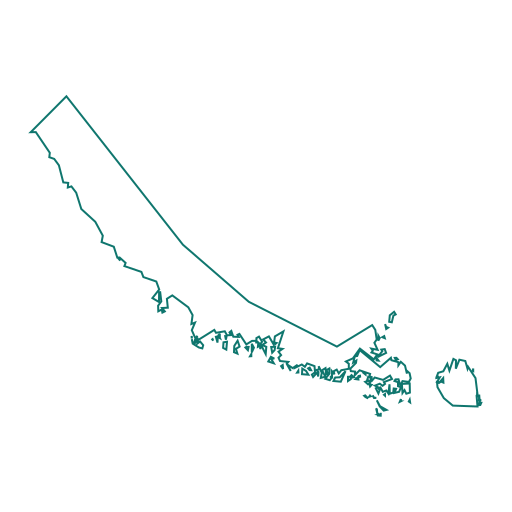 the district of South Choiseul, Choiseul, Solomon Islands
{"feature_id": "97153195B92855886197372", "entity_name": "South Choiseul", "entity_type": "district", "adm_level": 2, "iso_a3": "SLB", "parent_name": "Solomon Islands", "parent_adm1": "Choiseul", "projection": "equal_earth", "projection_center": [157.415, -7.197], "detail": "fine", "context": "isolated", "style": "outline", "palette": "teal", "viewbox_px": 512, "rotation_deg": 0, "n_neighbors": 0, "source": "geoboundaries", "source_scale": "gbopen_adm2", "svg_char_len": 6151}
<svg xmlns="http://www.w3.org/2000/svg" viewBox="0 0 512 512"><path d="M66.4,96.3L30.7,132.2L35.8,132.1L49.8,152.8L49.3,157.2L54.2,158.9L58.9,165.3L63.3,182.4L68.2,182.9L67.8,187.5L71.4,186.4L76.2,192.7L81.3,209.0L95.3,221.8L102.8,235.7L101.6,242.1L113.8,246.7L117.3,257.6L119.6,257.5L125.6,262.9L124.4,266.1L141.4,271.9L143.4,277.1L156.3,281.5L159.2,289.5L152.4,298.1L159.0,302.0L159.1,292.2L160.2,292.2L161.3,301.4L158.1,305.7L158.3,311.3L162.0,309.4L163.7,310.7L161.9,310.2L162.4,312.6L164.8,311.4L162.1,308.0L167.8,307.7L166.9,298.8L172.3,295.4L188.3,307.3L192.6,315.1L191.4,324.0L195.0,322.6L191.8,330.2L195.4,338.4L197.4,335.8L196.0,338.5L199.1,339.4L214.3,329.9L216.0,332.8L224.8,331.3L227.0,335.3L231.0,335.1L229.5,332.4L231.3,330.9L233.3,336.7L238.7,336.9L237.5,334.8L239.4,333.9L246.3,344.4L252.0,340.9L255.9,340.8L256.4,343.4L256.4,338.1L259.0,336.6L262.1,341.7L260.2,344.3L258.3,342.5L257.9,346.8L260.1,345.6L260.2,349.1L261.3,345.4L265.7,354.1L266.3,346.8L262.2,345.0L266.0,342.5L263.2,339.4L268.9,336.4L273.8,344.7L274.9,336.4L283.4,331.4L277.9,348.2L282.5,348.9L278.5,351.7L281.1,355.1L278.5,357.7L280.0,361.0L288.3,361.9L286.7,363.8L290.7,371.0L288.0,365.0L292.7,368.1L297.5,364.8L295.9,367.4L301.8,364.5L304.9,366.8L307.1,363.4L314.5,366.1L315.0,372.3L311.9,374.6L313.1,377.0L317.2,372.5L318.2,376.5L318.5,372.0L316.4,370.0L319.2,369.2L318.7,366.2L321.8,372.8L320.8,377.9L325.3,376.7L322.1,370.2L325.5,368.1L326.1,374.4L327.8,373.3L326.5,370.1L329.3,368.5L329.4,373.7L325.3,378.8L329.8,380.2L331.5,378.0L330.2,376.4L332.1,377.2L331.8,371.1L334.4,374.3L333.7,371.2L336.7,369.6L338.8,373.4L341.3,370.2L348.8,368.8L348.8,363.7L345.9,361.5L352.9,358.4L359.9,348.6L373.8,359.4L377.3,354.4L371.5,352.5L372.8,350.8L371.3,348.6L377.6,349.8L374.4,342.8L376.7,339.5L375.3,329.9L372.2,325.1L336.9,346.6L248.8,301.8L182.9,244.7L66.4,96.3ZM477.5,394.3L475.5,378.1L468.1,366.8L467.5,368.7L465.3,361.0L459.4,359.7L455.8,368.7L456.0,360.3L453.4,358.9L449.4,370.6L447.3,363.8L443.3,371.3L438.2,372.8L436.7,376.6L438.8,376.6L436.5,377.4L436.4,378.0L439.8,377.3L437.1,381.8L438.2,381.8L439.5,382.4L443.2,378.1L443.4,382.6L441.0,381.6L438.9,383.0L437.0,382.2L437.5,387.2L443.8,398.1L452.8,405.6L477.5,406.5L476.6,395.9L476.6,395.5L477.5,394.3ZM410.7,378.5L409.6,373.2L406.9,370.8L406.9,373.6L405.0,365.6L400.8,361.8L398.4,365.3L398.4,362.2L391.4,360.2L390.9,357.8L380.2,367.1L359.7,350.1L357.2,356.0L354.8,356.4L353.2,362.6L356.3,360.6L356.0,362.9L350.3,368.7L350.8,371.1L355.1,371.6L354.8,375.2L359.6,370.3L370.1,373.9L369.4,376.2L371.7,377.1L371.1,379.6L371.8,380.9L374.7,377.5L383.1,379.9L390.0,375.6L392.0,379.0L383.9,382.1L385.0,383.9L382.6,385.8L379.8,383.7L375.0,385.6L377.8,387.1L375.8,388.3L378.4,393.5L379.7,390.0L378.1,388.1L380.4,387.4L382.8,391.8L386.3,390.5L388.4,393.5L389.5,384.3L389.8,393.7L393.2,392.6L393.7,388.5L396.1,388.8L394.5,392.9L399.1,391.8L401.0,387.2L398.0,386.2L398.0,382.2L394.5,381.0L395.5,379.4L398.5,379.3L400.4,385.6L402.5,381.1L408.9,381.9L410.7,378.5ZM409.9,392.6L409.7,383.5L401.9,383.9L402.5,393.0L404.5,390.1L406.3,393.7L409.9,392.6ZM345.5,371.2L339.8,377.3L335.2,377.5L333.5,381.0L340.8,381.7L345.5,371.2ZM203.2,345.2L200.1,341.5L197.3,343.6L198.0,341.2L197.6,339.4L195.1,342.9L192.5,342.1L191.8,339.1L192.7,343.6L198.9,347.5L202.3,348.4L203.2,345.2ZM386.1,352.9L384.7,349.1L381.3,349.6L382.3,351.2L377.6,357.1L386.1,352.9ZM395.7,314.4L394.1,311.8L389.8,315.3L389.2,321.8L391.8,322.3L393.4,315.6L395.7,314.4ZM239.6,346.6L237.6,340.7L234.3,345.9L234.0,352.2L237.4,353.6L235.9,348.8L239.6,346.6ZM227.0,341.7L223.5,342.3L223.1,347.9L226.3,349.6L227.0,341.7ZM308.4,374.7L306.1,371.0L302.3,368.6L302.0,374.2L308.4,374.7ZM274.3,358.6L270.9,356.8L268.3,361.5L273.8,363.3L271.0,358.6L274.3,358.6ZM275.1,346.7L271.2,347.0L272.2,352.7L274.6,350.1L275.1,346.7ZM386.5,409.9L380.0,406.2L376.8,400.3L379.7,406.4L383.7,410.6L386.5,409.9ZM348.0,381.0L350.8,379.1L350.6,376.7L348.0,376.8L348.0,381.0ZM251.8,352.3L253.9,347.7L251.8,343.8L251.8,352.3ZM370.1,383.1L368.4,380.7L365.2,381.8L368.0,384.3L370.1,383.1ZM380.7,415.7L380.8,412.8L380.7,414.6L377.7,414.3L378.3,414.0L377.2,412.8L376.9,409.4L376.1,408.4L377.8,415.5L380.7,415.7ZM218.6,336.1L215.9,336.8L217.5,342.6L217.7,338.0L218.6,336.1ZM371.3,378.3L368.2,376.8L367.2,379.9L370.3,381.1L371.3,378.3ZM248.6,346.9L246.5,346.8L245.4,347.5L247.9,350.2L248.6,346.9ZM388.1,327.7L386.1,326.8L385.1,324.1L386.2,329.0L388.1,327.7ZM358.4,379.5L358.1,376.9L355.6,379.1L358.4,379.5ZM384.8,338.2L384.2,336.1L382.3,337.2L384.8,338.2ZM225.9,339.7L226.6,336.1L225.2,336.1L225.9,339.7ZM283.1,369.0L282.7,365.0L281.1,366.1L283.1,369.0ZM353.9,377.2L351.5,375.1L350.7,376.0L350.8,377.9L353.9,377.2ZM479.0,399.4L479.5,399.0L479.2,394.6L479.0,399.4ZM379.7,338.1L378.4,335.8L378.3,340.7L379.7,338.1ZM397.8,359.3L396.4,357.8L394.8,357.9L395.8,360.0L397.8,359.3ZM481.3,402.7L479.4,402.4L478.2,405.2L480.3,405.0L481.3,402.7ZM378.5,360.6L376.7,358.2L376.3,358.7L376.6,360.4L378.5,360.6ZM311.1,370.2L309.7,367.6L308.1,368.4L309.6,370.1L311.1,370.2ZM298.4,372.5L298.3,370.7L297.1,372.6L298.4,372.5ZM251.3,356.2L251.3,354.1L250.0,356.3L251.3,356.2ZM120.2,260.6L118.9,258.4L118.6,258.7L120.2,260.6ZM368.1,398.4L365.2,395.4L364.2,395.8L365.4,397.0L368.1,398.4ZM479.4,401.8L480.9,399.4L479.4,400.4L479.4,401.8ZM365.6,374.6L365.6,372.9L363.9,373.2L365.6,374.6ZM376.3,397.9L374.0,397.6L372.6,395.3L374.0,398.0L376.3,397.9ZM371.4,385.0L369.7,385.0L370.1,386.5L371.4,385.0ZM196.4,339.0L195.0,339.7L194.5,342.6L195.2,340.7L196.4,339.0ZM473.2,370.9L473.2,368.5L472.8,370.6L473.2,370.9ZM410.1,402.4L409.7,399.7L408.8,401.5L410.1,402.4ZM385.0,395.7L385.0,394.1L384.0,394.8L385.0,395.7ZM370.7,396.3L370.0,395.5L369.1,396.8L370.7,396.3ZM213.2,340.6L212.6,339.1L212.2,339.4L213.2,340.6ZM399.8,401.8L401.0,401.2L400.1,401.1L401.0,401.0L400.9,399.1L399.8,401.8ZM275.6,343.8L276.5,343.0L274.9,342.6L275.6,343.8ZM360.2,377.5L360.0,375.7L359.1,375.9L360.2,377.5ZM477.1,397.4L477.3,395.4L477.1,395.1L477.1,397.4ZM219.8,336.7L219.8,334.5L219.3,334.4L218.6,335.1L219.8,336.7ZM191.7,338.5L191.9,337.1L191.6,336.0L191.7,338.5ZM219.3,337.8L220.0,338.2L219.5,337.0L219.3,337.8Z" fill="none" stroke="#0f766e" stroke-width="2"/></svg>